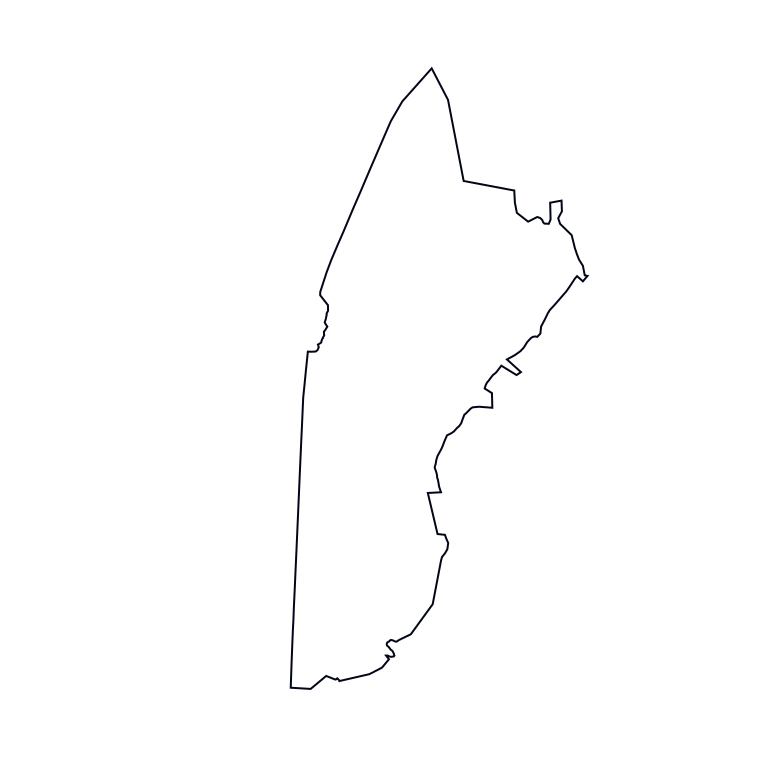 Machina, Yobe, Nigeria, rotated 325°
{"feature_id": "59680162B29257457515537", "entity_name": "Machina", "entity_type": "district", "adm_level": 2, "iso_a3": "NGA", "parent_name": "Nigeria", "parent_adm1": "Yobe", "projection": "robinson", "projection_center": [10.011, 13.038], "detail": "fine", "context": "isolated", "style": "outline", "palette": "ink", "viewbox_px": 768, "rotation_deg": 325, "n_neighbors": 0, "source": "geoboundaries", "source_scale": "gbopen_adm2", "svg_char_len": 3190}
<svg xmlns="http://www.w3.org/2000/svg" viewBox="0 0 768 768"><g transform="rotate(325 384 384)"><path d="M219.7,615.2L230.2,612.3L229.9,607.6L230.8,608.1L231.4,608.8L231.8,609.7L232.3,610.4L232.9,611.2L233.3,611.5L234.0,611.9L235.8,612.8L236.8,612.4L237.3,610.5L237.5,610.1L237.8,607.5L237.1,605.3L237.1,603.8L237.0,601.9L236.5,600.5L236.6,599.4L237.3,598.4L238.0,597.8L239.1,597.6L240.7,597.8L242.2,597.5L243.0,597.7L244.3,599.2L245.0,600.6L245.7,601.6L246.7,602.3L249.1,602.3L252.6,602.8L262.4,604.4L297.6,592.3L329.6,561.2L332.3,559.0L337.0,557.6L341.1,555.7L345.4,551.1L346.4,546.1L347.4,542.5L341.8,537.6L357.4,498.4L368.6,505.4L370.2,499.9L371.6,496.9L373.1,493.7L373.2,493.4L373.3,493.2L373.4,492.9L373.5,492.5L373.7,491.5L375.1,489.1L376.1,486.7L376.2,486.4L376.3,486.1L376.3,485.9L376.5,485.4L377.2,482.8L377.5,481.7L378.3,480.8L380.1,479.4L380.3,479.2L380.5,479.1L380.7,478.9L382.2,477.3L383.2,476.3L386.5,473.7L390.1,471.9L392.6,470.7L394.4,469.7L396.1,468.7L401.1,465.3L406.2,462.2L410.5,462.9L413.8,463.0L418.3,462.0L418.5,461.9L421.4,461.6L424.6,460.5L428.7,457.6L432.3,455.2L432.5,455.2L433.6,455.2L440.6,453.9L443.1,453.9L448.9,457.2L459.1,465.6L467.2,453.4L463.9,445.5L463.9,445.4L464.1,445.3L464.2,445.2L464.3,445.1L466.2,443.6L467.2,443.0L467.4,442.9L468.4,442.3L469.6,441.8L472.0,441.2L474.0,440.5L475.6,440.0L478.5,439.1L481.7,439.0L484.1,438.4L485.3,438.0L490.6,436.3L497.7,452.7L503.0,452.8L498.8,434.4L507.8,435.4L512.3,435.4L512.9,435.4L514.9,435.3L519.2,434.4L522.1,433.2L522.3,433.1L522.8,432.9L525.3,431.8L530.4,430.7L531.9,430.7L532.0,430.7L532.3,430.7L532.5,430.7L532.7,430.8L532.8,430.8L533.0,430.8L533.3,430.9L535.3,431.9L536.6,433.3L541.0,432.4L545.7,427.0L552.6,423.5L553.1,423.2L557.1,421.0L557.4,420.8L558.4,420.2L562.3,418.5L568.5,417.2L572.1,416.3L582.0,413.8L586.1,412.8L590.6,411.2L601.0,407.1L604.0,406.4L605.1,410.9L605.8,414.0L612.7,412.2L612.2,411.6L611.8,411.2L611.5,410.8L610.8,410.1L614.7,401.3L615.1,393.9L616.6,387.9L618.4,381.9L623.1,369.8L620.1,353.9L621.8,348.1L628.8,344.6L634.6,335.6L624.1,330.8L614.8,344.8L610.9,347.3L607.4,344.6L607.1,342.7L607.7,340.4L607.2,337.7L605.3,335.1L595.2,333.7L591.0,320.0L595.3,310.4L601.7,300.2L599.2,297.7L565.7,263.4L599.4,188.0L604.1,152.8L561.1,163.0L540.4,172.6L531.4,178.1L513.7,189.0L509.2,191.8L496.2,199.8L476.0,212.4L460.2,222.1L450.8,228.0L438.1,236.0L426.1,243.3L411.9,252.2L401.2,259.5L384.6,272.0L382.6,274.7L383.3,287.3L380.2,291.9L377.3,293.4L376.8,294.4L373.2,297.7L370.8,299.5L370.5,301.6L370.5,304.5L366.3,306.3L364.9,306.6L363.8,308.2L363.0,309.8L360.7,310.9L360.5,311.3L359.7,311.4L357.3,313.0L356.5,314.0L354.4,314.0L352.5,313.8L352.2,314.8L351.6,316.5L349.0,318.1L346.6,318.2L343.0,315.9L340.2,313.8L326.7,329.4L318.4,339.1L310.1,348.7L307.1,352.6L292.2,372.0L284.7,381.7L265.4,406.8L255.9,419.2L242.1,437.2L227.9,455.7L217.0,469.9L201.6,489.9L194.4,499.3L181.8,515.6L174.7,525.0L169.0,532.3L161.8,541.7L147.3,560.8L133.4,579.3L149.0,591.7L169.2,590.0L174.6,598.2L174.9,598.3L175.2,598.4L175.6,598.3L176.1,598.5L176.9,598.3L177.0,598.6L177.1,599.5L177.3,600.5L177.3,601.3L177.1,601.8L179.2,602.6L205.6,613.3L219.7,615.2Z" fill="none" stroke="#020617" stroke-width="2"/></g></svg>